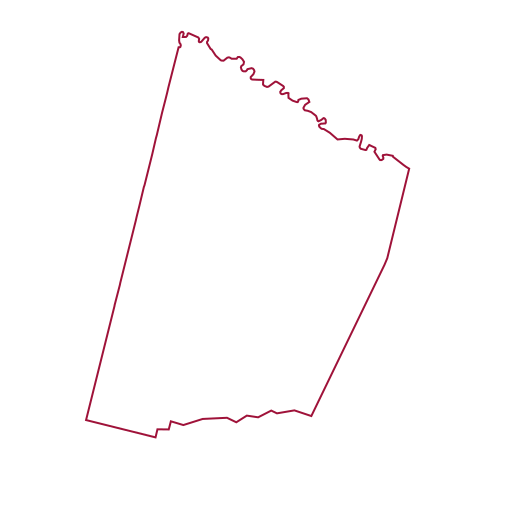 Washington, Louisiana, United States of America, rotated 284°
{"feature_id": "52423323B43439565608947", "entity_name": "Washington", "entity_type": "district", "adm_level": 2, "iso_a3": "USA", "parent_name": "United States of America", "parent_adm1": "Louisiana", "projection": "albers", "projection_center": [-89.849, 30.835], "detail": "fine", "context": "isolated", "style": "outline", "palette": "rose", "viewbox_px": 512, "rotation_deg": 284, "n_neighbors": 0, "source": "geoboundaries", "source_scale": "gbopen_adm2", "svg_char_len": 2663}
<svg xmlns="http://www.w3.org/2000/svg" viewBox="0 0 512 512"><g transform="rotate(284 256 256)"><path d="M386.0,130.3L372.4,130.2L349.3,130.5L346.2,130.4L329.6,130.7L327.0,130.7L297.6,130.7L295.9,130.5L276.5,130.7L265.7,130.7L260.9,130.8L247.2,130.8L197.0,130.8L195.1,130.9L173.9,130.7L173.6,130.8L154.4,130.8L112.3,130.8L56.5,130.8L55.7,130.8L55.7,202.4L64.0,202.3L66.6,213.3L75.0,213.4L74.4,226.4L85.0,243.7L92.0,267.0L89.9,277.1L98.9,285.7L100.0,297.1L109.7,308.2L108.4,314.4L115.5,330.6L114.1,348.4L278.5,382.8L285.6,383.9L377.8,383.5L378.7,380.4L380.1,376.9L385.4,365.0L386.3,364.5L386.0,358.2L384.6,354.8L383.8,354.7L382.2,355.8L381.0,356.0L379.5,354.7L379.1,353.2L379.6,352.4L385.8,345.7L388.6,346.3L389.8,345.6L391.1,339.0L387.8,337.7L385.7,337.4L385.3,336.6L385.4,331.7L386.1,330.8L386.3,330.5L387.3,330.0L392.3,330.3L395.3,330.3L397.9,329.8L398.6,329.3L398.8,328.2L398.4,327.7L396.6,327.2L394.0,327.0L392.4,326.0L392.6,322.2L391.2,313.8L388.8,306.9L393.4,297.9L395.6,291.1L395.3,289.2L395.6,288.1L396.8,286.1L397.9,285.5L398.6,285.5L400.2,287.2L400.5,288.5L401.1,290.1L401.4,291.2L402.3,291.5L404.9,290.7L405.9,289.6L406.2,288.8L406.1,288.1L405.2,287.5L404.7,287.1L403.7,286.3L402.2,284.5L401.8,284.0L402.0,283.3L402.7,282.6L403.9,282.1L406.2,280.6L406.6,280.1L409.0,274.7L409.4,271.1L409.2,268.1L410.1,266.8L410.8,266.3L411.4,266.2L414.6,267.1L418.4,270.5L420.6,269.0L421.4,267.3L419.6,261.9L417.7,259.4L416.1,259.5L415.4,259.2L415.2,258.3L415.6,253.9L417.3,249.3L420.4,248.4L421.8,248.2L422.0,247.7L421.5,245.9L419.7,243.2L419.3,242.0L419.5,240.9L420.0,240.3L421.1,239.8L423.0,240.5L425.6,242.4L426.9,242.1L427.5,241.3L429.9,234.4L430.0,233.1L429.8,232.5L423.4,227.2L422.7,225.8L423.1,223.0L424.0,221.4L425.1,221.1L428.6,220.5L427.3,214.5L426.3,209.5L426.6,208.4L427.3,207.8L428.4,207.6L431.8,209.5L434.6,209.9L435.9,209.2L437.0,207.9L437.2,206.3L435.2,202.5L434.0,202.2L432.7,201.3L432.2,199.4L432.3,198.2L433.4,196.8L435.4,195.7L436.7,195.8L438.9,197.5L441.5,197.4L443.6,195.2L444.9,192.9L445.1,191.6L444.6,190.2L442.7,189.5L441.5,184.7L442.2,182.4L442.2,181.6L441.5,180.2L437.7,177.3L437.3,175.5L437.4,174.4L440.7,168.4L445.6,163.1L445.9,161.9L450.7,157.0L451.9,156.7L453.5,157.3L454.8,157.2L455.7,157.0L456.3,156.3L456.3,154.6L455.4,153.5L450.5,151.0L449.8,149.8L449.9,149.0L450.6,148.5L453.0,148.3L454.1,147.1L454.4,145.3L455.9,136.8L455.3,136.0L453.1,136.0L451.6,135.1L450.8,132.0L454.4,132.0L455.6,131.0L455.6,130.0L455.6,129.9L454.6,128.8L452.8,128.1L446.7,129.2L444.5,130.1L443.2,131.6L442.0,132.1L440.5,132.0L440.1,131.6L439.8,130.4L398.6,130.2L393.3,130.3L386.2,130.3L386.0,130.3Z" fill="none" stroke="#9f1239" stroke-width="2"/></g></svg>